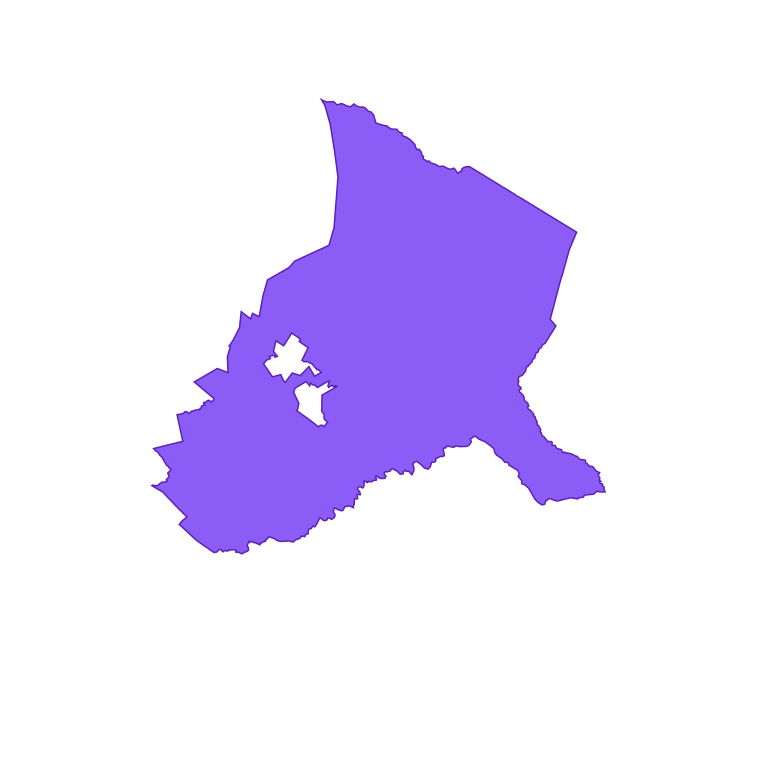 the district of Kwekwe, Midlands, Zimbabwe, rotated 132°
{"feature_id": "62879985B25079588336993", "entity_name": "Kwekwe", "entity_type": "district", "adm_level": 2, "iso_a3": "ZWE", "parent_name": "Zimbabwe", "parent_adm1": "Midlands", "projection": "equal_earth", "projection_center": [29.733, -18.821], "detail": "fine", "context": "isolated", "style": "filled", "palette": "violet", "viewbox_px": 768, "rotation_deg": 132, "n_neighbors": 0, "source": "geoboundaries", "source_scale": "gbopen_adm2", "svg_char_len": 6161}
<svg xmlns="http://www.w3.org/2000/svg" viewBox="0 0 768 768"><g transform="rotate(132 384 384)"><path d="M214.5,620.6L216.6,614.2L226.9,597.8L244.3,576.2L261.0,556.7L301.1,525.8L317.7,517.7L352.5,532.6L361.0,532.5L384.6,540.2L399.9,532.7L417.4,521.8L419.6,529.0L424.8,526.6L425.8,538.5L438.9,529.0L453.0,525.3L459.5,524.5L459.1,523.1L468.6,518.6L479.9,507.5L484.0,518.2L509.4,526.4L508.6,501.0L509.7,499.8L513.2,500.4L513.0,502.5L513.6,503.5L515.7,504.4L517.6,504.3L518.3,505.6L518.9,505.4L519.6,503.0L522.0,504.8L524.5,503.9L525.1,504.3L526.2,504.0L530.6,507.4L531.8,507.6L532.6,508.7L536.5,509.3L536.5,511.5L537.4,513.3L540.3,513.5L545.3,517.2L561.2,495.2L586.1,512.0L586.5,509.3L586.0,506.5L586.9,503.3L587.0,499.9L589.9,491.3L589.6,489.1L590.1,487.6L590.1,484.9L595.0,485.1L596.4,481.7L601.0,481.7L601.2,480.3L603.1,480.7L605.1,483.1L606.0,483.5L611.6,484.6L614.2,488.5L614.9,488.5L612.3,475.9L613.9,456.7L614.7,441.5L620.9,442.4L625.3,442.2L625.7,418.7L623.0,397.5L620.5,395.7L617.0,395.8L616.6,395.0L616.4,391.3L614.7,391.2L612.8,388.4L611.4,388.1L608.5,385.7L606.7,383.1L606.7,382.5L608.0,381.9L608.0,381.3L606.3,379.6L605.6,376.6L604.7,375.6L603.2,375.6L600.4,373.9L598.2,373.4L596.3,375.4L596.0,377.3L593.1,378.6L592.4,378.2L591.3,379.1L591.0,377.8L589.3,376.4L589.1,374.9L587.8,372.8L586.7,368.8L586.3,368.6L584.9,369.6L583.8,368.4L582.5,368.4L580.0,366.8L579.0,367.9L576.9,367.0L575.6,367.6L574.5,367.1L572.1,361.8L571.8,358.6L571.2,357.3L569.6,354.8L563.8,349.2L563.4,347.6L561.7,345.5L559.3,345.6L555.1,343.3L551.9,343.3L550.5,340.7L548.5,341.5L546.0,340.2L542.2,342.9L539.9,341.3L537.3,342.0L536.6,340.1L535.8,339.7L534.4,340.5L533.4,340.2L526.7,342.1L525.8,340.2L526.0,338.1L525.2,336.5L523.3,335.5L521.1,336.1L520.4,335.1L519.6,332.3L516.4,331.6L514.8,332.2L513.6,333.4L512.9,336.2L509.5,337.9L508.9,337.2L508.2,334.2L506.5,330.5L505.3,330.0L501.7,330.9L500.3,330.3L497.7,328.0L496.3,324.0L495.6,325.1L493.7,325.4L489.1,329.1L487.4,327.1L486.7,326.9L484.7,329.6L483.6,329.8L482.4,327.6L481.9,327.6L480.3,330.1L480.0,333.1L479.4,333.9L476.7,333.7L476.1,333.1L475.9,330.9L475.0,330.1L473.2,330.6L469.5,333.8L469.1,333.7L468.5,330.5L467.6,330.2L466.8,330.7L465.4,328.0L462.5,327.0L460.6,325.4L459.5,326.1L458.7,328.3L457.7,328.4L457.2,327.0L457.2,325.1L456.1,322.7L453.5,320.2L451.2,320.8L450.6,323.8L449.5,324.7L448.4,324.3L447.3,323.0L444.6,321.2L441.9,321.5L441.2,320.4L439.9,315.7L440.3,312.9L440.0,311.4L437.9,309.6L436.3,310.9L433.9,310.6L434.0,308.9L432.6,307.4L432.3,306.1L432.9,303.0L432.7,302.5L428.1,304.0L426.2,305.7L424.2,309.0L421.8,309.1L419.6,307.9L419.1,302.3L419.4,297.7L417.8,294.3L414.5,294.2L410.5,296.2L407.9,294.0L406.8,293.9L405.1,295.5L400.6,293.9L398.3,291.7L397.0,291.3L396.2,291.8L393.2,296.0L391.6,296.7L390.1,295.3L388.8,295.8L387.6,295.1L384.3,289.7L381.9,289.2L380.0,286.0L375.2,280.9L372.6,279.9L370.2,280.0L368.4,280.6L367.0,283.0L362.4,281.8L361.4,280.4L361.5,276.8L359.2,269.9L358.6,262.0L358.6,259.0L360.8,255.8L361.5,252.7L360.6,246.7L361.3,241.7L359.3,239.2L360.7,236.7L358.7,227.0L360.2,223.4L363.0,222.4L363.5,217.7L364.5,215.7L365.7,215.3L365.8,214.3L364.7,211.8L364.7,206.7L368.5,195.0L368.9,190.4L368.2,186.0L366.9,184.6L365.7,184.1L362.8,185.7L361.2,184.9L359.5,185.1L357.8,183.4L356.3,179.1L354.8,176.7L343.8,169.3L339.6,163.0L338.2,163.1L335.0,160.3L333.0,160.5L331.6,159.9L325.6,154.5L321.3,154.0L319.9,151.6L316.3,147.4L315.1,150.0L313.3,151.5L313.5,153.4L312.2,154.5L312.1,155.0L313.1,156.9L312.6,158.1L311.9,158.4L311.3,157.9L311.2,159.6L309.2,160.9L308.8,163.7L305.6,164.4L306.8,168.4L306.0,171.4L305.8,173.7L307.7,176.8L307.2,179.7L307.6,181.5L306.0,183.1L306.0,183.7L308.8,187.9L309.1,189.2L308.5,192.2L309.3,193.0L310.4,197.7L312.8,202.0L313.7,202.7L313.7,204.2L315.4,205.2L314.1,208.2L316.3,212.6L315.2,215.7L316.8,217.7L316.6,218.5L314.9,220.0L314.7,220.9L316.4,223.1L317.0,223.2L317.1,224.0L316.1,230.2L316.8,232.2L315.0,234.5L314.8,236.2L313.6,236.5L312.9,237.5L311.7,240.7L311.4,243.5L309.7,244.9L308.4,248.2L307.2,249.9L307.4,251.6L306.2,252.8L305.5,257.8L306.1,258.8L305.9,260.8L304.2,262.2L303.4,261.7L303.2,262.8L302.3,263.6L302.0,264.7L302.3,268.5L299.7,271.8L299.2,273.8L299.1,278.3L298.2,279.4L297.5,279.6L296.3,278.8L295.0,279.9L295.2,281.6L294.9,283.8L292.8,285.4L291.9,285.5L290.6,287.7L288.1,288.5L285.1,287.1L280.8,287.3L279.2,287.6L276.2,289.6L274.5,288.7L273.6,289.3L272.0,288.7L270.8,289.1L268.9,288.7L265.9,290.0L264.3,289.3L259.3,291.7L257.3,290.9L254.3,292.1L250.7,291.7L249.3,292.5L245.9,291.5L225.9,295.1L224.7,303.8L185.3,324.0L185.0,323.8L160.2,336.2L142.3,342.4L154.8,409.5L155.4,411.0L155.6,413.7L165.1,465.1L165.7,466.6L169.3,469.5L172.3,470.0L173.8,468.9L175.9,469.9L177.8,469.9L178.0,471.2L177.0,474.3L176.9,476.6L179.4,477.9L180.7,479.4L182.6,485.9L185.5,488.6L186.3,492.6L188.5,497.4L188.0,499.3L188.6,500.2L189.7,500.3L190.0,503.6L190.5,504.7L190.3,505.9L188.5,506.9L188.5,508.9L186.9,511.3L186.0,514.8L187.7,516.4L186.9,519.1L185.3,521.4L184.9,528.6L185.4,530.1L185.3,531.7L187.0,536.3L185.4,538.9L186.4,540.4L186.6,543.2L186.0,544.6L190.0,549.8L190.4,554.9L191.9,556.9L195.5,564.6L191.1,571.6L190.5,575.5L191.8,578.3L191.4,582.8L192.1,584.8L194.3,587.1L195.8,590.7L196.0,593.7L200.4,594.4L202.2,597.5L203.6,602.5L205.0,603.9L207.5,605.3L208.1,606.2L207.8,609.5L208.3,610.9L212.4,614.9L213.8,617.6L214.5,620.6ZM424.7,440.8L421.3,451.4L433.8,451.9L437.2,459.5L449.0,458.5L448.6,461.3L446.1,467.0L453.3,471.6L449.6,487.0L445.0,487.3L441.1,485.4L440.2,487.8L437.1,485.7L436.4,484.5L437.0,482.9L434.7,481.7L433.7,488.0L424.2,493.1L422.7,484.1L407.9,486.7L406.5,476.2L409.1,475.5L407.8,464.7L421.2,460.9L421.1,458.7L418.3,455.3L417.9,452.8L417.2,451.2L418.2,443.4L417.3,442.7L417.3,438.3L424.7,440.8ZM450.2,400.4L455.7,400.1L456.0,402.2L457.2,403.6L459.7,404.2L460.4,414.9L462.2,430.9L460.9,431.1L455.3,434.4L450.6,445.6L446.4,447.3L434.3,443.5L435.1,438.0L432.5,439.2L432.4,436.3L431.1,435.6L431.3,432.6L431.1,431.1L419.4,427.4L418.5,426.6L423.1,424.3L423.6,422.8L420.0,422.0L419.6,419.7L417.5,418.9L417.5,417.4L433.8,422.6L445.9,412.0L446.6,408.8L447.4,407.3L449.0,406.3L450.2,404.5L450.2,400.4Z" fill="#8b5cf6" stroke="#5b21b6" stroke-width="1.5"/></g></svg>